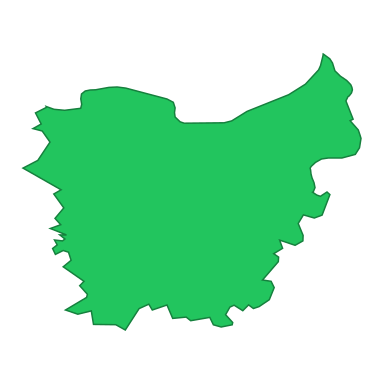 map outline of East Flanders (Equal Earth projection)
{"feature_id": "BEL-3478", "entity_name": "East Flanders", "entity_type": "Province", "adm_level": 1, "iso_a3": "BEL", "parent_name": "Belgium", "parent_adm1": "", "projection": "equal_earth", "projection_center": [3.869, 51.045], "detail": "fine", "context": "isolated", "style": "filled", "palette": "green", "viewbox_px": 384, "rotation_deg": 0, "n_neighbors": 0, "source": "natural_earth", "source_scale": "10m", "svg_char_len": 1716}
<svg xmlns="http://www.w3.org/2000/svg" viewBox="0 0 384 384"><path d="M46.2,106.5L54.0,109.3L64.7,110.3L80.7,108.3L81.7,104.3L80.8,98.9L81.5,94.0L85.2,91.0L90.1,90.0L95.5,89.8L108.9,87.4L117.2,87.0L125.8,88.1L167.0,99.0L173.3,102.3L175.1,107.9L174.5,112.6L175.1,117.0L180.1,121.8L184.2,123.2L224.1,122.8L231.7,120.9L247.0,111.4L288.7,94.7L305.4,84.2L318.6,69.9L320.5,65.7L323.0,55.7L323.2,54.0L323.4,54.1L329.8,58.8L332.5,63.0L334.9,70.8L340.4,76.2L346.6,80.4L350.7,84.6L351.9,87.3L352.4,89.9L351.5,92.9L349.2,95.9L348.0,96.6L345.9,100.9L353.1,119.2L350.1,120.7L358.3,130.0L360.1,135.4L361.0,138.4L359.5,147.8L355.3,154.4L341.9,158.0L328.2,158.0L321.5,159.0L315.5,162.4L311.2,166.4L310.1,168.2L310.6,170.0L311.0,173.9L312.0,177.8L314.0,182.7L315.0,187.6L313.3,191.8L312.6,192.2L316.7,195.0L320.4,196.3L327.0,192.0L329.9,194.6L322.1,215.1L314.3,218.0L303.4,214.9L298.2,223.5L303.1,235.4L302.9,240.9L295.1,245.3L279.6,240.1L282.6,248.3L273.7,253.7L278.6,257.1L278.3,261.7L262.5,280.0L271.1,281.3L274.2,287.6L269.3,299.7L259.1,306.6L253.4,308.5L248.6,304.9L242.8,310.7L234.1,305.2L229.9,307.1L225.6,314.7L232.7,322.5L232.2,324.8L221.2,327.0L213.4,324.8L209.8,317.4L190.7,320.7L186.2,317.1L172.7,318.4L167.0,305.0L152.3,310.0L148.8,304.2L139.1,308.6L125.3,330.0L115.8,324.7L93.5,324.4L91.3,310.9L77.8,314.2L65.5,310.0L86.6,297.4L87.4,294.3L79.7,285.7L84.0,281.3L63.2,266.8L71.1,260.3L68.5,252.2L63.2,250.5L55.4,254.4L52.6,248.5L57.2,244.9L54.5,240.0L62.5,240.9L64.9,239.0L59.8,234.9L66.5,235.0L50.3,228.5L60.7,224.7L55.0,218.4L63.8,207.9L53.8,194.0L61.1,189.8L23.0,168.1L37.8,160.4L50.0,142.1L42.2,131.0L33.0,128.6L41.2,124.0L35.5,112.9L46.6,107.3L46.2,106.5Z" fill="#22c55e" stroke="#15803d" stroke-width="1.5"/></svg>